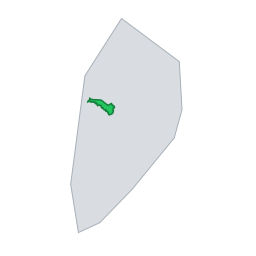 location of Raillon Road, Praslin, Saint Lucia, rotated 185°
{"feature_id": "8701671B15123648543538", "entity_name": "Raillon Road", "entity_type": "district", "adm_level": 2, "iso_a3": "LCA", "parent_name": "Saint Lucia", "parent_adm1": "Praslin", "projection": "albers", "projection_center": [-60.939, 13.873], "detail": "fine", "context": "in_parent", "style": "filled", "palette": "green", "viewbox_px": 256, "rotation_deg": 185, "n_neighbors": 0, "source": "geoboundaries", "source_scale": "gbopen_adm2", "svg_char_len": 3310}
<svg xmlns="http://www.w3.org/2000/svg" viewBox="0 0 256 256"><g transform="rotate(185 128 128)"><path d="M175.5,176.2L144.0,236.5L82.7,198.6L75.8,151.0L81.1,122.1L118.7,67.1L147.8,31.3L168.3,19.5L180.2,67.0L175.5,176.2Z" fill="#d9dde1" stroke="#a8b0b8" stroke-width="1"/><path d="M163.2,153.3L164.9,153.2L167.2,153.4L168.7,154.3L168.9,152.3L169.6,151.9L169.8,151.7L169.9,151.4L170.0,151.3L170.3,151.1L170.3,150.6L169.9,150.9L169.6,151.1L169.4,151.2L169.2,151.1L168.9,151.0L168.8,150.9L168.7,150.9L168.5,151.0L168.4,151.1L168.2,151.2L168.1,151.3L167.9,151.2L167.7,151.1L167.7,150.9L167.3,150.7L167.2,150.8L167.2,151.1L166.9,151.0L166.9,150.9L166.7,150.8L166.5,150.7L166.4,150.6L166.2,150.7L166.0,150.8L165.9,150.9L165.8,151.0L165.7,151.1L165.4,151.0L165.3,150.9L165.2,150.8L165.1,150.7L164.8,150.6L164.7,150.6L164.5,150.8L164.3,150.9L164.1,151.0L163.9,151.0L163.8,150.9L163.8,150.7L163.7,150.5L163.6,150.4L163.5,150.5L163.5,150.8L163.4,150.9L163.1,150.8L163.0,150.7L162.9,150.6L162.8,150.2L162.7,150.0L162.5,150.3L162.4,150.4L162.2,150.2L161.6,150.0L161.5,149.9L161.5,149.7L161.6,149.4L161.6,149.2L161.3,149.2L161.0,149.5L160.9,149.5L160.8,149.4L160.9,149.1L160.9,148.8L160.8,148.7L160.7,148.7L160.6,148.4L160.7,148.2L160.5,147.9L160.4,147.8L160.2,147.8L160.0,148.0L159.9,148.0L159.9,147.8L159.9,147.7L159.7,147.8L159.4,148.1L159.0,148.3L158.9,148.3L158.8,148.5L158.7,148.5L158.6,148.3L158.5,148.2L158.4,148.2L158.2,148.1L157.9,148.2L157.7,148.1L157.5,147.9L157.4,147.9L157.2,147.9L157.0,148.0L156.9,148.1L156.7,147.9L156.6,147.7L156.5,147.4L156.6,147.1L156.5,146.9L156.5,146.6L156.4,146.6L156.2,146.4L156.1,146.2L156.0,145.9L155.8,145.6L155.7,145.6L155.4,145.6L155.4,145.8L155.3,146.0L155.2,146.1L154.9,146.1L154.9,145.9L155.0,145.9L154.9,145.7L154.7,145.8L154.6,145.7L154.5,145.2L154.4,145.0L154.2,144.9L154.0,144.7L153.9,144.4L153.7,144.2L153.3,144.0L153.2,144.0L153.0,143.9L152.9,143.9L152.8,144.0L152.6,144.0L152.3,144.0L152.2,144.3L151.9,144.3L151.8,144.1L151.7,144.1L151.5,143.9L151.6,143.7L151.8,143.5L151.8,143.4L151.7,143.3L151.4,143.3L151.4,143.2L151.4,142.8L151.4,142.7L151.2,142.6L150.9,142.7L150.8,142.8L150.7,142.8L150.7,143.0L150.4,142.9L150.2,142.9L150.0,142.7L149.9,142.6L149.9,142.4L149.7,142.3L149.7,142.1L149.6,141.9L149.4,141.8L149.0,141.6L149.1,141.4L149.1,141.2L149.1,140.9L148.9,140.8L148.7,140.7L148.6,140.4L148.4,140.2L148.4,139.9L148.1,139.7L147.9,139.4L145.5,140.5L145.4,140.6L145.3,140.8L145.2,140.8L145.2,141.1L145.1,141.3L145.0,141.5L144.9,141.6L144.5,141.9L144.4,141.9L144.4,142.0L144.4,142.3L144.2,142.5L144.2,142.8L144.2,143.0L144.1,143.3L144.1,143.5L144.1,143.8L144.2,144.0L144.5,144.1L144.6,144.3L144.5,144.5L144.4,144.7L144.2,144.8L144.3,145.0L144.5,145.4L144.5,145.5L144.6,145.8L144.4,146.1L144.3,146.4L144.3,146.5L144.2,146.6L143.8,146.6L143.8,146.9L143.8,147.0L143.7,147.3L143.4,147.3L143.3,147.5L143.4,147.8L143.4,148.0L143.5,148.0L143.8,148.1L143.8,148.3L143.7,148.5L143.8,148.6L144.1,148.4L144.3,148.3L144.5,148.3L144.7,148.5L144.8,148.8L144.8,149.0L144.9,149.3L145.0,149.4L145.3,149.4L145.5,149.6L145.8,149.7L145.8,149.8L146.0,149.9L146.3,150.1L146.2,150.3L146.2,150.5L146.3,150.6L146.5,150.7L146.6,150.8L146.7,151.0L146.8,151.0L149.7,148.8L152.3,150.3L156.9,153.4L159.0,153.4L160.8,153.4L163.2,153.3Z" fill="#22c55e" stroke="#15803d" stroke-width="1.5"/></g></svg>